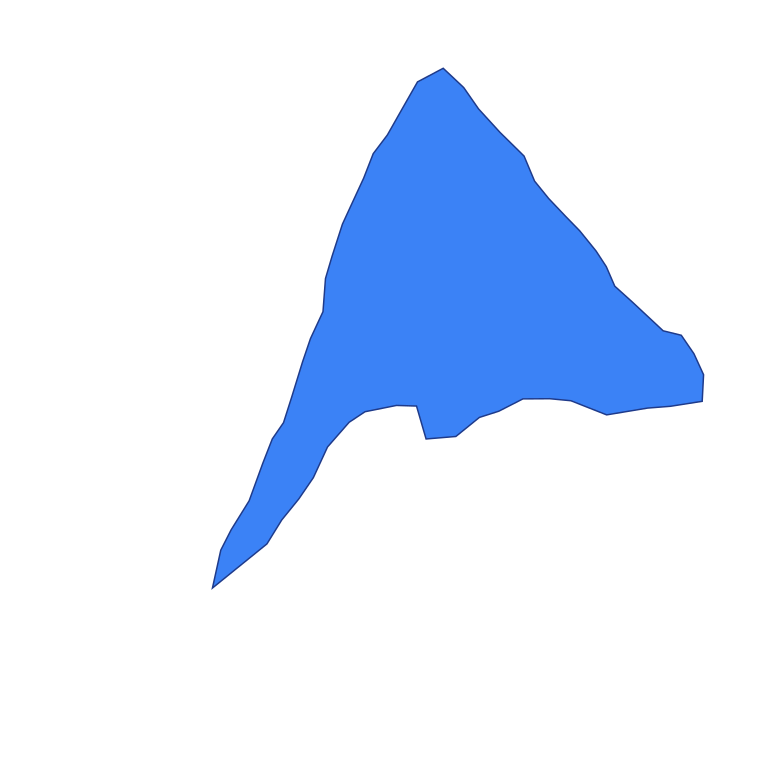 Neta, Cyprus (Robinson projection), rotated 141°
{"feature_id": "46923920B38170479802577", "entity_name": "Neta", "entity_type": "district", "adm_level": 2, "iso_a3": "CYP", "parent_name": "Cyprus", "parent_adm1": "", "projection": "robinson", "projection_center": [34.225, 35.469], "detail": "fine", "context": "isolated", "style": "filled", "palette": "blue", "viewbox_px": 768, "rotation_deg": 141, "n_neighbors": 0, "source": "geoboundaries", "source_scale": "gbopen_adm2", "svg_char_len": 891}
<svg xmlns="http://www.w3.org/2000/svg" viewBox="0 0 768 768"><g transform="rotate(141 384 384)"><path d="M147.6,170.3L129.8,190.1L124.1,212.4L122.3,234.8L133.6,249.7L139.3,290.6L143.1,314.8L137.4,335.3L135.5,353.9L135.5,379.9L137.4,400.4L139.3,424.6L139.3,446.9L131.7,473.0L135.5,506.5L137.4,538.2L135.5,564.2L139.3,592.1L144.8,593.2L167.8,597.7L196.2,586.6L224.7,575.4L247.4,569.8L270.2,556.8L293.0,545.6L315.7,534.4L344.2,515.8L363.1,502.8L385.9,478.6L412.5,465.6L433.3,452.5L463.7,432.1L486.4,417.2L505.4,411.6L528.2,398.6L562.3,378.1L594.5,366.9L615.4,357.6L645.7,333.4L615.4,333.4L575.6,333.4L549.0,342.7L522.5,348.3L497.8,355.7L467.5,370.6L435.2,376.2L416.2,374.4L387.8,359.5L372.6,346.4L385.9,314.8L361.2,298.0L330.9,298.0L311.9,290.6L285.4,285.0L264.5,268.3L249.3,253.4L230.4,219.9L194.3,199.4L175.4,186.4L147.6,170.3Z" fill="#3b82f6" stroke="#1e3a8a" stroke-width="1.5"/></g></svg>